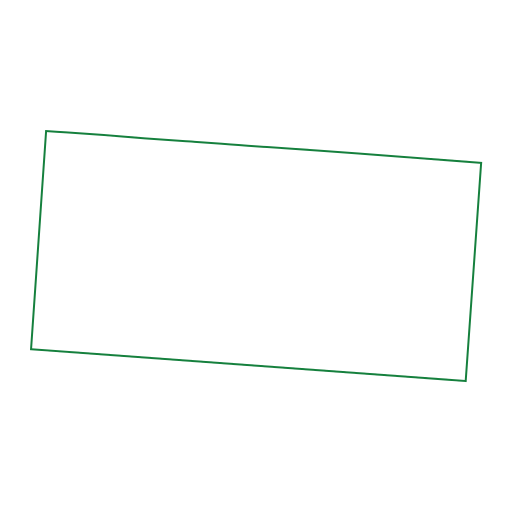 McPherson, South Dakota, United States of America, rotated 4°
{"feature_id": "52423323B76853800057701", "entity_name": "McPherson", "entity_type": "district", "adm_level": 2, "iso_a3": "USA", "parent_name": "United States of America", "parent_adm1": "South Dakota", "projection": "mercator", "projection_center": [-99.314, 45.766], "detail": "fine", "context": "isolated", "style": "outline", "palette": "green", "viewbox_px": 512, "rotation_deg": 4, "n_neighbors": 0, "source": "geoboundaries", "source_scale": "gbopen_adm2", "svg_char_len": 528}
<svg xmlns="http://www.w3.org/2000/svg" viewBox="0 0 512 512"><g transform="rotate(4 256 256)"><path d="M37.9,146.0L38.1,364.7L42.4,364.7L473.9,366.1L474.1,147.4L395.1,146.9L394.6,146.9L350.6,146.6L312.4,146.5L308.2,146.5L259.8,146.5L259.3,146.5L255.8,146.6L255.5,146.6L240.0,146.6L231.8,146.5L228.5,146.5L222.6,146.5L213.6,146.4L201.8,146.4L201.7,146.4L187.0,146.4L183.8,146.3L177.0,146.4L137.9,146.4L136.6,146.4L94.6,145.9L84.8,145.9L58.1,145.9L48.9,146.0L37.9,146.0Z" fill="none" stroke="#15803d" stroke-width="2"/></g></svg>